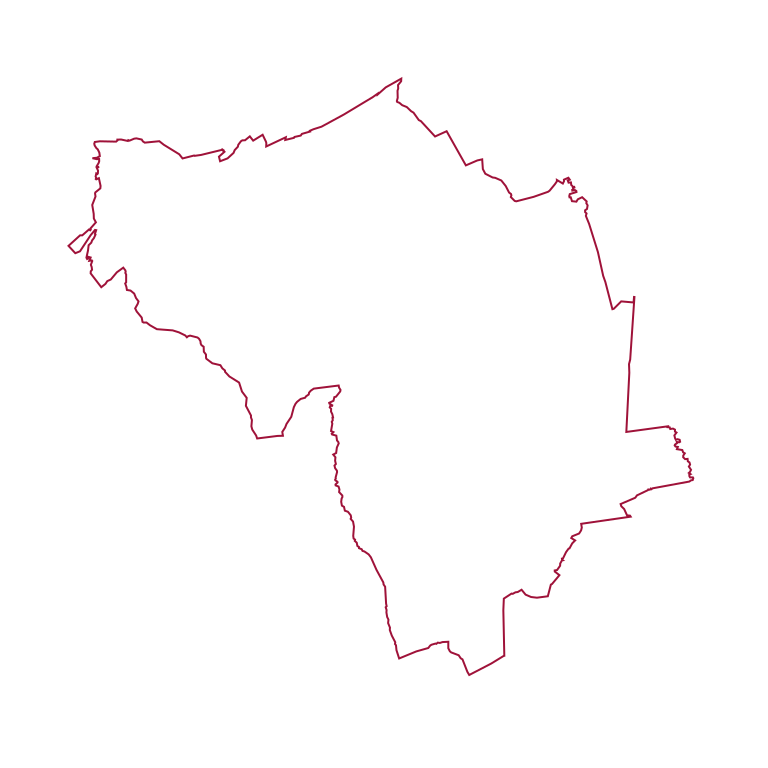 outline of Vedea, Arges, Romania, rotated 172°
{"feature_id": "2599482B53469887912463", "entity_name": "Vedea", "entity_type": "district", "adm_level": 2, "iso_a3": "ROU", "parent_name": "Romania", "parent_adm1": "Arges", "projection": "equal_earth", "projection_center": [24.639, 44.783], "detail": "fine", "context": "isolated", "style": "outline", "palette": "rose", "viewbox_px": 768, "rotation_deg": 172, "n_neighbors": 0, "source": "geoboundaries", "source_scale": "gbopen_adm2", "svg_char_len": 6135}
<svg xmlns="http://www.w3.org/2000/svg" viewBox="0 0 768 768"><g transform="rotate(172 384 384)"><path d="M636.7,663.9L637.5,662.2L637.3,660.4L636.0,657.6L634.8,656.2L633.7,652.7L633.7,649.2L636.8,648.0L641.3,648.2L637.1,646.6L634.8,646.5L635.0,644.3L635.8,642.6L638.4,639.4L638.4,638.9L635.9,638.6L638.4,638.1L637.5,635.2L638.0,632.5L638.6,631.8L639.6,632.6L640.7,629.6L640.3,628.2L640.9,627.1L640.5,626.7L637.7,627.5L637.1,619.6L637.7,617.2L643.2,613.9L643.6,613.0L643.6,609.8L648.0,601.9L647.8,592.9L648.3,588.2L646.8,584.2L652.9,579.0L652.9,577.7L653.6,577.1L654.6,578.1L662.1,573.2L664.3,573.5L677.2,564.7L671.5,556.5L666.6,557.7L653.8,572.2L648.7,576.8L647.6,576.4L649.4,572.8L648.9,572.1L651.0,568.8L653.1,566.8L654.2,564.7L657.2,562.5L658.5,557.5L661.1,550.5L660.6,549.1L659.7,549.4L658.9,551.0L656.9,550.1L658.7,547.0L656.2,547.1L655.8,546.4L657.7,542.8L657.2,540.6L657.2,537.8L658.7,536.4L659.1,534.4L650.5,519.2L645.9,521.9L643.7,524.4L640.0,525.5L633.0,531.8L626.0,535.5L624.3,532.5L624.2,531.0L624.7,530.0L624.1,528.3L625.2,520.6L626.3,519.6L625.6,516.1L625.5,512.9L622.0,511.8L618.8,508.3L617.6,503.6L615.6,500.0L616.7,497.7L619.9,493.5L618.8,490.2L614.7,483.5L614.5,479.1L613.5,478.3L610.6,477.9L607.6,474.8L601.3,469.9L585.8,466.5L579.9,463.7L574.0,459.7L572.7,457.7L571.3,458.6L569.3,458.9L562.2,456.0L560.9,454.6L559.8,451.9L559.9,449.5L559.3,447.8L557.4,446.0L557.9,441.0L556.2,438.0L556.6,434.5L556.3,433.6L551.1,428.4L543.4,425.4L541.9,422.0L539.6,419.5L539.7,418.2L536.1,413.0L527.3,405.6L525.7,396.3L521.9,389.4L523.8,381.6L520.1,371.3L520.4,369.5L519.8,366.7L521.2,360.6L520.8,357.2L517.8,350.8L517.2,347.7L496.7,347.4L491.3,346.8L491.4,350.7L488.0,354.6L486.1,358.0L480.4,364.4L476.5,373.6L474.4,376.7L472.6,378.4L468.6,380.8L464.0,381.4L463.0,382.6L460.0,384.1L459.4,385.9L457.4,387.6L454.2,389.2L429.1,388.8L429.0,386.7L427.9,384.2L428.4,382.7L433.3,378.1L435.0,377.9L436.4,374.4L440.9,373.0L440.8,372.2L438.2,370.1L438.4,369.6L440.3,369.8L441.0,368.4L439.8,366.8L440.3,364.1L439.4,361.4L439.1,357.9L439.7,357.8L439.8,355.2L441.0,353.8L440.7,351.9L443.0,344.8L440.8,343.4L442.7,342.0L442.4,341.2L438.4,339.5L438.4,334.6L437.4,333.1L437.1,331.5L439.5,327.7L441.0,322.3L444.1,321.2L442.3,318.2L443.1,314.8L442.8,311.5L444.4,310.1L444.1,307.4L442.7,304.8L442.7,303.4L444.9,298.2L444.9,297.1L445.7,296.1L445.6,295.4L443.7,293.7L443.7,292.9L446.0,291.3L446.0,290.3L443.3,288.8L442.8,285.8L443.5,283.2L440.8,279.4L440.9,277.9L441.9,276.5L442.8,273.3L442.6,269.4L440.7,267.9L440.4,264.0L437.5,262.5L435.2,258.6L435.1,256.2L435.8,255.1L433.8,252.1L433.6,246.9L435.6,237.9L435.6,235.2L434.3,233.9L434.8,232.7L433.1,230.7L432.9,227.3L431.5,226.1L431.6,224.9L429.1,223.5L428.5,221.7L426.7,220.9L422.9,217.4L421.1,214.2L417.3,201.0L412.3,187.6L412.3,185.5L411.1,183.1L412.5,166.2L412.3,163.6L413.4,162.7L412.9,159.8L413.4,157.5L413.3,152.9L412.4,150.0L413.2,146.7L412.0,141.9L412.5,139.6L411.3,133.8L408.8,126.7L409.3,125.0L408.5,123.6L408.7,118.7L407.2,110.1L389.2,114.7L376.9,116.4L374.6,118.6L373.2,119.2L369.2,119.8L368.3,119.4L366.8,120.4L364.7,119.8L362.0,120.3L356.2,119.8L357.1,113.4L356.0,110.2L354.9,108.9L347.8,105.0L346.2,101.7L344.6,100.4L341.5,87.4L340.1,84.0L316.6,92.3L302.8,98.3L302.8,97.2L297.3,143.4L295.2,154.8L286.9,158.7L285.7,158.3L282.9,159.4L280.5,159.4L276.4,161.1L273.1,155.7L268.0,152.6L262.3,151.1L251.3,151.0L246.7,162.1L245.4,162.6L236.9,170.3L241.0,174.5L240.9,175.6L238.5,175.7L234.9,179.5L234.5,181.7L232.3,184.6L231.6,184.6L232.1,185.1L232.1,186.3L231.0,186.4L227.1,192.2L224.1,195.3L223.2,195.4L219.8,200.0L216.5,202.5L220.0,205.4L218.8,207.0L211.6,208.8L209.2,211.6L208.1,214.3L208.2,218.1L158.2,218.3L158.7,219.4L161.6,220.1L163.6,226.8L166.0,229.9L166.4,232.2L151.0,236.4L149.0,238.5L137.6,242.1L137.0,242.8L136.4,242.4L135.3,242.4L134.4,243.3L133.7,242.6L132.7,243.3L95.2,244.9L93.3,245.9L91.7,245.9L90.8,247.7L91.1,248.5L93.9,248.9L94.4,250.1L94.3,251.7L93.0,252.1L94.5,253.5L93.2,254.4L91.9,256.3L93.6,259.8L92.1,261.6L92.4,263.8L93.9,265.2L93.8,267.6L96.3,267.7L97.9,269.8L97.6,271.5L95.8,273.5L97.3,274.7L97.8,277.1L103.0,278.7L101.8,280.8L104.0,281.5L104.7,282.7L104.3,283.5L102.0,284.7L102.1,285.8L99.7,285.2L98.8,285.6L99.0,287.6L101.0,288.5L102.7,288.1L103.3,289.7L103.6,292.7L101.1,295.2L102.5,296.4L102.2,298.3L104.0,299.6L106.8,299.6L107.1,301.3L109.2,301.8L108.8,302.6L150.7,302.8L139.5,361.0L138.6,369.6L136.8,374.0L123.9,435.3L124.3,435.4L125.5,430.0L137.6,432.8L146.0,426.5L147.4,426.3L150.6,454.2L151.9,460.6L153.8,484.8L158.6,514.0L160.7,522.4L159.7,524.7L160.9,526.2L160.7,528.0L158.6,529.1L157.5,532.6L158.5,534.9L157.9,536.6L161.8,541.4L166.4,539.9L168.1,537.8L172.4,538.9L173.1,542.9L174.3,543.0L174.4,544.3L173.6,546.2L166.7,547.3L166.7,548.4L168.0,549.5L170.6,549.3L170.6,550.0L169.9,550.1L169.4,551.0L169.6,551.8L168.1,552.1L168.2,552.7L169.0,552.6L170.9,555.1L170.8,557.6L173.2,557.7L173.7,560.0L171.6,560.5L172.7,562.6L177.4,561.3L177.5,559.8L179.0,557.6L184.4,562.0L184.5,560.7L187.0,558.0L193.1,552.4L194.8,551.5L209.8,548.5L227.6,546.5L229.1,547.1L232.4,551.5L231.6,553.1L231.8,554.5L233.5,556.2L235.9,563.1L239.5,569.2L245.2,572.7L247.7,573.4L254.4,578.1L256.2,583.1L255.5,592.8L260.5,592.4L272.5,589.1L286.8,625.6L299.0,622.0L310.9,639.2L312.8,640.5L317.0,648.6L319.2,650.4L322.9,655.1L327.2,657.6L329.6,660.3L331.7,661.5L331.9,662.4L330.6,665.5L329.8,672.5L328.8,674.7L328.5,678.1L324.9,681.4L324.4,684.0L341.0,677.5L349.9,671.6L349.7,672.5L355.1,669.7L386.1,656.5L410.1,647.5L418.4,646.1L422.2,645.1L422.0,644.3L430.5,643.1L431.9,641.6L438.3,641.1L438.9,640.3L447.8,639.4L446.9,642.0L467.6,635.6L467.0,639.0L467.2,640.5L469.5,647.7L479.7,643.2L482.4,647.9L487.7,644.7L490.4,645.0L491.9,644.3L495.0,641.2L495.7,639.3L499.3,636.4L500.8,633.8L507.5,629.2L515.3,627.4L515.8,632.1L509.7,636.1L510.9,637.4L510.4,637.8L511.6,638.9L512.2,638.4L533.3,636.3L539.8,636.3L540.2,636.7L552.1,635.4L554.8,640.0L568.8,651.6L572.7,655.7L587.3,656.3L589.0,657.8L589.9,659.8L595.0,661.7L597.3,661.7L602.1,660.4L603.3,661.1L603.8,660.3L610.3,662.7L614.0,663.1L614.0,662.3L615.6,661.3L631.6,663.9L636.7,663.9Z" fill="none" stroke="#9f1239" stroke-width="2"/></g></svg>